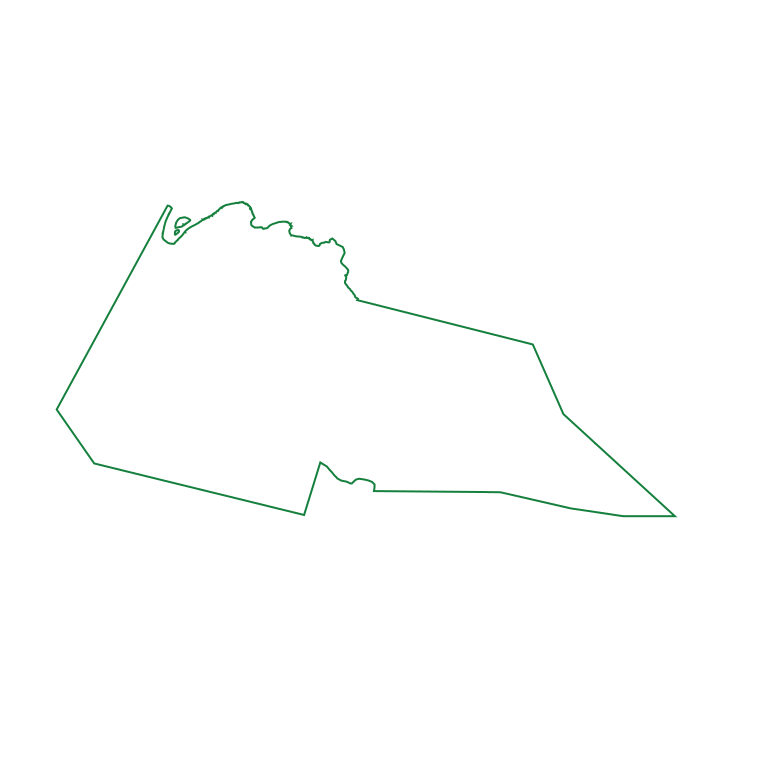 Mappi, Papua, Indonesia, rotated 103°
{"feature_id": "22746128B63262525003276", "entity_name": "Mappi", "entity_type": "district", "adm_level": 2, "iso_a3": "IDN", "parent_name": "Indonesia", "parent_adm1": "Papua", "projection": "equal_earth", "projection_center": [138.756, -6.247], "detail": "fine", "context": "isolated", "style": "outline", "palette": "green", "viewbox_px": 768, "rotation_deg": 103, "n_neighbors": 0, "source": "geoboundaries", "source_scale": "gbopen_adm2", "svg_char_len": 5903}
<svg xmlns="http://www.w3.org/2000/svg" viewBox="0 0 768 768"><g transform="rotate(103 384 384)"><path d="M253.9,467.1L255.6,469.1L256.5,469.2L257.6,468.9L257.9,469.0L258.4,469.5L258.6,470.5L258.6,472.1L258.7,472.9L259.1,473.4L259.6,473.8L259.8,474.0L260.0,475.1L260.4,476.1L261.1,476.7L261.1,477.0L261.4,477.4L262.0,477.9L263.1,477.9L263.9,478.2L264.3,479.0L264.4,480.4L264.4,481.7L264.1,482.5L263.8,482.7L263.5,483.4L263.3,483.5L263.0,483.7L262.8,484.0L262.7,484.4L262.3,484.4L262.1,484.7L261.7,484.9L261.4,485.3L260.9,485.4L260.7,485.7L260.4,485.9L260.3,486.3L260.1,486.1L259.9,486.1L260.2,486.5L259.9,486.8L260.0,487.2L259.8,487.5L259.9,487.9L259.8,488.0L259.6,488.0L259.4,488.3L259.6,488.8L259.2,489.1L259.3,489.4L258.6,489.8L258.7,490.3L258.5,491.0L258.9,491.3L259.1,491.7L259.0,492.4L259.1,492.8L258.8,492.9L258.9,493.0L259.4,493.6L259.6,494.2L259.4,494.7L259.5,495.3L259.4,495.6L259.6,496.0L259.4,496.2L259.5,496.4L259.3,496.6L259.4,497.3L259.2,497.8L259.3,498.9L259.6,500.6L259.7,502.1L259.9,502.4L259.9,502.9L259.8,506.7L259.9,507.8L260.1,507.9L258.2,509.8L256.5,510.6L255.7,510.8L253.5,510.1L252.9,509.4L252.7,509.6L251.6,509.7L251.5,509.9L251.2,509.8L251.1,510.1L250.9,510.1L250.8,509.9L250.7,510.2L250.6,510.5L250.0,510.8L250.0,511.1L249.8,511.0L249.5,511.1L249.0,511.0L249.3,511.4L249.3,511.5L249.1,511.6L248.9,512.1L249.0,512.2L248.6,512.7L248.6,512.8L248.2,513.9L248.2,514.4L247.9,514.5L248.1,514.9L247.9,515.1L248.0,515.7L247.9,516.0L248.1,516.2L248.2,517.6L248.3,517.9L248.6,519.3L249.4,521.4L249.4,521.8L250.4,523.9L251.3,525.2L252.6,527.5L253.2,528.5L255.1,530.7L256.3,531.7L257.8,532.4L258.6,533.4L259.4,535.4L259.9,536.0L259.8,537.0L259.2,537.6L259.1,538.5L258.9,538.5L258.9,539.2L259.4,540.7L259.5,540.9L259.5,541.1L259.9,541.9L260.0,542.3L260.1,542.7L260.4,544.6L260.7,545.0L259.5,548.3L258.8,549.1L255.9,550.1L254.0,549.2L253.6,549.3L251.4,547.4L251.0,547.4L249.6,548.7L248.9,549.0L248.8,549.3L248.4,549.4L247.9,550.0L247.5,550.3L247.4,550.6L246.9,550.8L246.7,550.7L246.4,551.0L246.0,551.1L245.1,551.9L244.6,552.0L244.2,552.6L243.6,552.8L243.6,553.0L243.3,552.8L243.1,552.9L242.9,553.4L242.5,553.5L242.6,553.8L242.2,553.7L242.1,554.0L241.6,554.3L241.4,554.9L240.9,555.2L240.8,555.8L240.5,556.1L240.6,556.5L240.1,556.8L240.2,557.0L239.7,557.5L239.8,557.7L239.6,557.9L239.6,558.1L239.4,558.3L239.5,558.5L239.3,559.2L239.8,559.5L239.3,560.2L239.3,560.4L239.2,560.8L239.2,561.5L238.6,561.9L238.6,562.2L238.4,562.5L238.8,563.0L238.9,563.3L238.8,563.7L239.0,563.8L239.1,564.0L239.3,564.4L239.3,564.9L239.5,565.3L239.5,565.5L239.8,565.6L239.8,565.9L240.0,566.1L240.1,566.4L240.6,566.8L240.5,567.2L240.6,568.4L240.9,568.7L241.2,569.6L241.7,570.5L243.1,574.0L243.7,574.9L244.4,576.6L245.2,578.1L245.2,578.3L246.1,579.5L246.8,580.0L247.1,580.4L247.0,580.6L247.9,581.1L247.7,581.2L247.7,581.3L248.1,581.7L248.3,582.0L248.5,582.2L248.8,582.2L248.9,581.8L249.0,581.8L249.0,582.0L249.0,582.8L252.0,584.5L252.5,584.6L252.4,584.8L252.5,585.1L253.1,585.6L254.7,586.5L255.0,586.5L254.9,586.9L255.0,587.0L256.0,588.0L256.3,588.0L256.2,588.2L256.4,588.4L256.5,588.1L256.5,588.3L257.2,588.6L257.8,589.3L258.0,589.4L258.5,589.3L258.3,589.7L258.3,589.9L259.5,591.0L260.0,591.8L260.5,591.9L261.0,592.0L260.7,592.6L261.1,592.8L261.2,593.0L261.6,593.2L261.7,593.4L262.0,593.7L262.2,594.1L262.1,594.4L262.6,595.0L262.7,594.8L262.9,594.9L262.9,595.1L263.3,595.4L263.3,595.8L263.6,595.8L263.6,596.4L264.3,597.1L264.5,597.1L264.5,597.3L264.6,597.2L264.7,597.5L265.2,597.8L265.3,598.0L266.9,599.2L267.1,599.6L268.0,600.5L268.5,600.7L271.7,604.2L274.3,607.4L277.6,610.5L279.6,611.8L280.8,612.4L281.0,612.1L281.1,612.5L284.8,614.2L287.2,615.7L288.0,616.3L289.1,617.0L289.9,617.4L290.0,617.3L292.4,619.0L293.3,619.5L293.4,619.4L294.3,619.8L294.8,620.5L295.3,624.1L295.1,626.3L292.7,631.4L290.7,633.0L286.4,633.4L286.4,633.5L286.1,633.4L284.6,633.5L284.6,633.4L283.0,633.5L282.9,633.6L282.8,633.8L282.8,633.6L282.6,633.5L280.9,633.5L280.7,633.6L278.7,633.5L277.4,633.5L277.2,633.6L277.3,633.9L277.2,633.5L274.8,633.4L269.5,632.4L268.2,632.0L267.8,632.0L267.7,632.1L267.5,631.9L266.1,631.5L265.9,631.7L265.3,631.3L264.4,631.2L264.2,631.0L263.9,631.0L263.5,630.9L260.8,630.2L260.6,630.6L260.0,630.8L259.2,632.4L258.8,633.5L258.9,635.0L482.5,697.2L526.6,648.5L529.6,432.4L474.8,428.4L477.3,421.0L480.1,417.4L481.7,414.9L484.2,411.8L485.4,409.7L486.5,408.3L487.7,404.1L487.7,401.1L487.5,399.5L487.9,396.6L488.5,394.4L488.1,393.0L483.5,389.9L481.9,386.9L481.5,381.9L481.5,377.6L482.1,373.6L484.0,370.6L486.8,370.0L490.6,369.7L466.6,261.5L466.6,261.4L463.3,246.3L463.2,174.1L459.0,121.3L447.4,70.8L394.3,164.7L394.3,164.9L394.2,164.9L373.0,202.4L312.0,247.9L308.3,429.0L306.8,428.6L306.4,429.7L306.2,430.8L305.8,431.5L304.9,432.2L304.3,432.3L303.5,433.2L303.0,434.0L301.2,435.8L300.2,437.6L299.1,438.5L298.0,440.8L297.6,440.9L297.3,441.4L296.4,442.1L296.2,442.6L295.4,443.6L294.2,444.8L292.2,445.1L291.3,444.6L289.8,444.6L288.1,444.9L287.6,445.6L287.0,446.2L286.6,446.1L286.6,445.3L286.1,444.6L284.7,444.5L282.8,444.1L280.8,444.7L278.3,448.2L276.9,451.0L275.3,453.0L273.9,453.6L270.6,453.1L265.1,451.8L261.7,453.5L259.8,455.1L258.3,461.7L255.7,463.5L253.9,467.1ZM268.9,610.0L268.2,609.6L267.7,609.9L267.4,610.5L267.1,611.1L266.8,612.2L266.4,615.1L266.5,616.2L267.6,618.4L267.6,618.6L268.3,620.1L269.4,621.1L270.3,621.7L273.4,622.8L274.4,622.9L274.5,622.8L277.0,622.9L277.9,622.6L278.7,622.2L278.7,621.9L278.0,620.6L277.9,620.2L277.2,619.0L276.7,617.6L276.2,616.6L275.7,616.1L274.7,615.4L274.6,615.1L274.3,615.2L274.4,614.9L273.8,614.3L273.6,614.5L273.6,614.3L273.2,614.2L273.3,614.2L273.6,614.2L272.8,613.3L272.6,613.3L272.6,613.1L271.9,612.7L271.6,612.3L270.0,611.0L268.9,610.0ZM283.1,621.9L285.4,621.3L285.5,620.9L283.7,619.3L282.7,618.6L282.5,618.4L281.4,618.0L281.0,618.1L280.4,618.5L280.3,619.4L280.5,619.6L280.8,620.4L281.4,621.2L282.3,621.8L283.1,621.9Z" fill="none" stroke="#15803d" stroke-width="2"/></g></svg>